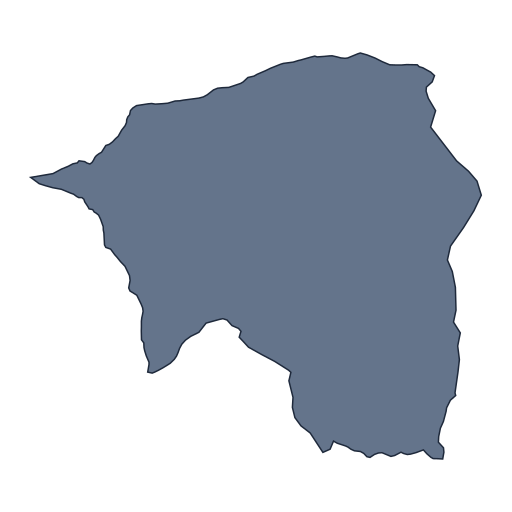 Talo, Punakha, Bhutan (orthographic projection)
{"feature_id": "84629894B89675802182154", "entity_name": "Talo", "entity_type": "district", "adm_level": 2, "iso_a3": "BTN", "parent_name": "Bhutan", "parent_adm1": "Punakha", "projection": "orthographic", "projection_center": [89.823, 27.557], "detail": "fine", "context": "isolated", "style": "filled", "palette": "slate", "viewbox_px": 512, "rotation_deg": 0, "n_neighbors": 0, "source": "geoboundaries", "source_scale": "gbopen_adm2", "svg_char_len": 2821}
<svg xmlns="http://www.w3.org/2000/svg" viewBox="0 0 512 512"><path d="M442.7,459.0L443.1,456.7L443.9,452.2L443.5,447.8L438.4,442.2L438.7,436.5L440.4,428.2L443.4,421.5L446.1,411.3L446.6,407.8L450.4,400.2L455.7,395.5L455.0,392.9L458.0,371.9L459.4,359.6L457.7,346.0L460.3,332.9L453.5,322.1L456.0,310.2L455.4,287.4L452.3,271.5L447.4,260.0L450.5,246.1L463.5,227.6L473.9,210.8L481.3,195.2L477.0,181.1L468.5,171.2L456.6,160.9L430.6,127.1L435.6,110.7L428.3,98.3L426.1,91.2L426.4,87.1L432.2,81.9L434.5,75.6L430.7,72.1L427.2,70.2L422.9,67.8L419.2,66.7L417.3,64.8L406.7,64.6L401.7,65.0L395.5,65.0L389.7,64.8L382.1,61.6L375.2,58.1L367.0,54.9L360.3,53.0L357.8,53.8L347.6,58.0L345.0,58.3L340.8,57.9L337.5,57.0L332.2,55.8L329.4,55.9L324.2,56.4L317.2,56.9L314.8,56.1L310.8,57.1L300.7,60.0L298.4,60.5L295.8,61.3L293.2,62.1L283.3,63.4L280.4,64.3L270.4,68.3L265.5,70.7L257.1,74.3L254.0,76.1L247.9,77.5L243.2,81.9L240.7,83.4L231.8,86.4L228.8,87.4L222.4,87.7L217.6,88.2L213.5,89.9L209.4,93.1L207.2,94.8L203.4,96.9L198.8,98.1L183.5,100.1L179.6,100.8L175.1,101.0L167.8,103.2L162.1,103.7L155.3,104.1L151.7,103.5L148.3,103.8L136.5,105.6L132.8,108.0L130.5,110.5L129.6,114.8L127.8,116.9L126.7,119.7L126.5,122.5L125.1,125.7L121.6,130.2L118.2,136.3L115.6,138.6L112.5,141.9L109.3,144.3L105.8,145.5L101.5,152.3L99.1,153.6L96.4,155.6L94.9,157.4L93.5,160.2L92.0,162.5L89.9,164.0L86.9,163.0L84.7,161.6L79.0,160.8L77.3,162.9L72.9,163.8L68.2,166.3L61.6,169.0L53.0,173.6L30.7,177.4L39.2,183.7L45.5,185.7L52.7,187.7L61.4,189.3L70.8,193.2L73.6,194.2L76.7,196.5L78.8,197.6L81.9,197.6L83.9,199.3L84.7,201.8L88.0,206.8L89.1,208.9L92.7,209.6L94.2,212.0L96.1,213.1L98.6,215.1L100.6,219.3L103.2,226.6L103.3,230.1L103.9,233.0L104.5,244.9L105.8,247.4L110.6,249.1L114.8,254.8L116.9,257.1L120.5,261.6L125.0,266.3L129.5,275.6L130.1,280.5L128.7,287.9L130.0,291.0L136.8,295.2L141.0,303.8L142.6,307.7L143.1,311.3L142.4,315.1L141.8,317.7L141.4,321.1L141.4,327.0L141.3,330.9L141.5,339.8L143.8,342.9L144.0,347.6L144.7,350.8L146.3,355.9L149.0,362.2L149.0,364.5L147.7,372.1L152.2,373.1L154.7,372.1L158.4,370.3L163.1,367.7L170.2,363.3L174.3,359.3L176.5,356.1L178.0,352.7L179.6,348.3L181.8,344.2L185.5,340.1L190.8,336.3L198.9,332.3L206.1,323.1L219.5,319.4L222.9,318.7L227.0,320.0L232.0,325.6L238.5,328.4L241.0,331.3L239.2,337.2L244.2,342.5L248.5,347.2L261.8,354.6L274.7,361.4L288.6,370.2L290.9,372.3L288.9,380.8L293.0,397.4L292.4,407.4L294.9,417.6L301.0,425.9L310.2,433.0L322.9,452.4L330.1,449.2L333.5,441.1L337.2,443.2L342.4,444.9L345.7,446.0L348.0,447.1L350.9,449.2L354.4,450.8L360.4,451.5L363.8,453.4L366.9,456.7L370.0,457.4L374.5,454.4L378.4,453.0L382.0,452.7L390.9,456.4L394.7,455.5L401.0,452.2L403.6,453.5L407.3,454.5L410.6,454.1L416.1,452.6L423.4,449.9L426.8,453.7L430.9,457.3L433.2,458.6L437.7,458.7L442.7,459.0Z" fill="#64748b" stroke="#1e293b" stroke-width="1.5"/></svg>